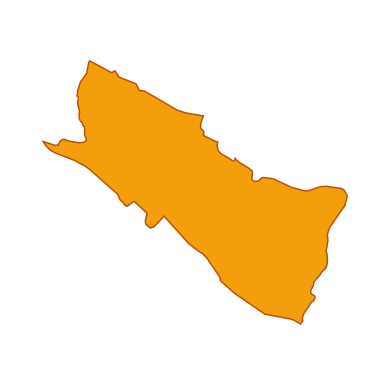 map outline of Mount Lebanon (Robinson projection), rotated 98°
{"feature_id": "LBN-3025", "entity_name": "Mount Lebanon", "entity_type": "Province", "adm_level": 1, "iso_a3": "LBN", "parent_name": "Lebanon", "parent_adm1": "", "projection": "robinson", "projection_center": [35.671, 33.864], "detail": "fine", "context": "isolated", "style": "filled", "palette": "amber", "viewbox_px": 384, "rotation_deg": 98, "n_neighbors": 0, "source": "natural_earth", "source_scale": "10m", "svg_char_len": 2213}
<svg xmlns="http://www.w3.org/2000/svg" viewBox="0 0 384 384"><g transform="rotate(98 192 192)"><path d="M138.8,173.5L142.3,173.7L147.6,171.8L149.9,168.9L153.4,160.2L155.3,156.6L155.4,154.8L154.9,154.2L152.6,154.0L155.7,150.3L160.1,139.9L162.7,135.5L165.1,134.7L171.2,134.6L172.7,132.8L172.5,128.8L170.8,126.8L168.9,125.5L167.7,123.9L167.6,113.3L173.6,94.1L175.2,80.6L174.0,75.5L168.9,65.9L167.7,59.8L167.7,44.8L168.9,41.7L174.0,37.9L174.2,37.6L174.6,37.8L184.0,38.7L208.2,50.9L214.8,51.9L216.1,51.8L221.4,50.6L230.4,50.9L232.0,50.8L234.6,49.7L239.2,48.6L244.0,48.2L246.7,48.4L248.7,48.9L253.3,52.4L256.1,53.7L263.4,58.2L265.5,58.9L268.1,58.8L270.3,59.8L273.0,60.6L274.0,60.6L275.0,60.4L275.9,59.9L276.5,59.2L277.4,57.0L278.3,55.7L279.2,55.5L280.3,55.6L282.1,56.3L282.8,56.6L284.8,58.5L297.0,64.4L299.5,64.9L301.9,65.1L304.1,64.3L307.6,66.2L304.7,73.4L304.1,76.5L302.8,103.0L286.5,135.6L276.3,151.0L272.1,152.9L255.6,167.8L251.6,172.8L251.3,173.8L249.7,177.4L243.5,188.1L219.8,216.3L231.9,224.9L233.5,228.1L231.1,232.0L230.3,232.9L229.4,233.6L228.2,234.0L227.1,234.1L226.1,234.2L221.9,233.7L219.2,233.7L209.2,248.2L214.9,254.0L214.9,254.9L214.6,256.1L211.6,259.4L209.8,262.0L208.4,263.1L204.8,265.0L183.7,296.8L181.3,301.4L177.1,312.6L172.1,333.6L171.1,336.3L170.1,338.3L167.4,342.1L165.9,343.7L162.7,346.4L164.9,334.0L164.5,332.9L164.2,331.2L162.8,330.6L161.0,330.0L159.8,329.3L158.1,327.6L157.6,326.2L157.7,325.0L158.5,322.3L158.8,318.6L159.0,309.8L157.9,306.4L156.4,304.3L154.8,304.0L153.6,304.3L152.5,305.0L151.5,305.8L150.7,306.2L149.8,306.3L148.9,306.4L145.6,307.0L143.9,307.1L143.1,307.3L142.4,307.6L142.0,308.2L141.6,308.8L141.2,309.4L140.5,309.7L138.9,310.1L138.5,310.6L137.7,311.9L137.2,312.4L135.5,313.6L134.7,313.9L133.1,314.1L130.6,314.7L128.7,314.5L127.8,314.6L126.4,315.2L125.7,315.5L121.5,317.1L118.9,317.7L115.2,317.5L114.3,317.7L113.7,318.1L113.3,318.8L112.7,319.3L111.3,319.2L107.3,319.3L98.3,317.7L89.0,312.8L78.2,312.3L76.4,311.6L85.0,288.2L82.7,285.2L88.4,280.3L92.7,262.4L98.8,258.4L98.6,253.2L113.0,218.1L114.5,209.5L115.1,191.4L122.0,192.8L126.9,192.6L128.2,191.8L129.6,189.8L130.5,188.7L134.5,188.4L138.8,175.4L138.8,173.5Z" fill="#f59e0b" stroke="#b45309" stroke-width="1.5"/></g></svg>